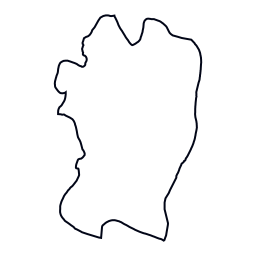 outline of Al Husha, Al Dali', Yemen
{"feature_id": "15242507B64675128593967", "entity_name": "Al Husha", "entity_type": "district", "adm_level": 2, "iso_a3": "YEM", "parent_name": "Yemen", "parent_adm1": "Al Dali'", "projection": "natural_earth1", "projection_center": [44.455, 13.752], "detail": "fine", "context": "isolated", "style": "outline", "palette": "ink", "viewbox_px": 256, "rotation_deg": 0, "n_neighbors": 0, "source": "geoboundaries", "source_scale": "gbopen_adm2", "svg_char_len": 5623}
<svg xmlns="http://www.w3.org/2000/svg" viewBox="0 0 256 256"><path d="M105.8,15.4L103.3,16.0L100.4,17.6L98.4,20.5L94.6,27.3L92.2,30.2L91.7,31.8L91.2,32.7L90.8,33.4L89.7,34.9L88.4,36.0L87.7,36.4L86.1,36.9L84.7,37.8L84.0,38.2L83.0,41.6L82.6,42.4L82.6,43.8L83.2,44.4L83.4,45.4L82.9,46.1L82.7,47.1L82.1,48.8L82.2,49.7L82.5,50.6L82.6,51.6L83.1,52.4L83.1,52.7L82.9,53.5L82.9,54.0L82.9,54.4L83.0,54.7L83.3,55.0L83.7,55.3L84.3,55.6L84.7,55.6L85.2,56.0L85.9,56.7L86.3,57.5L86.6,58.4L86.7,59.0L86.7,59.9L86.5,60.8L86.1,61.6L85.7,62.3L85.3,63.1L85.3,64.0L85.2,64.9L84.7,65.6L84.1,66.1L83.4,66.6L82.5,66.8L81.7,66.7L81.1,66.3L80.9,66.1L80.6,66.1L79.8,65.9L79.0,65.5L78.3,65.1L77.6,64.6L76.8,64.0L75.2,63.3L74.5,63.0L73.6,62.7L72.7,62.4L71.9,62.1L70.2,61.5L67.7,60.7L66.8,60.7L65.3,60.7L64.4,60.8L63.5,60.9L62.7,61.3L61.9,61.7L61.1,62.2L60.4,62.7L59.9,63.5L59.5,64.3L59.1,65.2L58.8,66.0L58.4,68.0L58.2,68.8L58.0,70.7L57.9,71.7L57.7,72.8L57.4,73.7L56.7,75.4L56.4,76.3L56.2,77.2L55.9,78.0L55.7,78.9L55.2,80.7L55.0,81.6L54.9,82.6L54.8,83.6L54.9,84.5L55.0,84.7L55.0,86.0L55.4,87.4L57.2,89.9L58.4,91.4L59.7,92.6L60.6,93.1L62.3,93.3L63.3,93.2L65.2,92.7L65.7,92.3L65.7,93.4L65.7,94.4L65.5,96.2L65.2,98.0L65.0,98.8L64.7,99.8L64.4,100.6L63.5,102.2L62.9,103.1L62.5,103.8L61.6,105.3L60.9,106.0L59.4,107.3L58.6,109.0L58.2,110.5L58.1,112.2L58.1,114.1L60.9,114.3L61.7,114.6L62.4,114.7L62.9,114.6L63.5,114.5L64.0,114.5L64.4,114.7L64.8,115.0L65.7,115.6L69.9,117.6L72.4,119.2L72.9,119.8L73.9,121.2L74.9,123.5L75.1,124.8L75.3,125.1L75.9,127.0L76.8,131.1L77.3,134.2L78.0,137.2L78.7,138.6L79.6,140.1L80.5,142.1L81.2,144.5L82.5,149.5L83.3,150.3L83.9,151.5L84.4,152.6L84.7,153.7L84.6,155.1L84.0,155.8L83.1,157.0L82.4,157.7L81.2,158.6L79.4,158.9L78.4,159.3L77.8,160.1L76.3,164.3L76.0,165.9L75.9,167.6L76.2,168.2L77.8,168.6L78.2,168.6L78.5,169.0L78.8,171.2L79.1,174.4L79.1,175.1L78.8,176.0L78.3,177.1L76.6,180.7L72.6,185.8L71.5,186.8L71.1,187.0L70.6,187.5L70.1,188.0L69.7,188.6L69.3,189.2L68.1,190.3L67.7,190.9L67.2,191.7L66.7,192.4L66.1,193.2L65.7,193.6L65.2,194.2L64.3,195.6L63.9,196.2L63.6,197.0L63.0,198.3L62.7,199.0L62.0,200.3L61.7,201.1L61.4,201.7L61.2,202.5L60.9,203.3L60.7,204.1L60.5,204.7L60.2,206.2L60.2,209.2L60.1,209.9L60.1,212.2L60.3,213.1L60.5,214.0L61.0,215.4L61.4,216.1L61.7,216.7L62.5,217.8L62.9,218.3L63.4,218.9L63.9,219.4L64.7,220.6L64.8,220.7L65.4,221.2L66.0,221.6L67.5,222.6L68.9,223.6L69.6,224.1L71.0,225.2L71.9,225.8L73.5,226.9L74.1,227.5L74.7,228.3L75.3,228.8L76.1,229.1L76.8,229.4L79.1,230.6L79.8,231.0L80.5,231.3L81.9,232.2L87.6,234.1L98.8,237.5L101.1,237.9L102.0,227.3L102.1,226.6L102.4,225.8L102.9,225.2L103.9,224.4L104.9,223.5L105.9,222.7L106.1,222.6L106.5,222.3L109.1,221.0L109.5,220.9L110.1,220.7L111.2,220.4L112.5,220.2L113.6,220.2L114.7,220.2L115.7,220.4L116.8,220.7L117.9,221.0L119.1,221.3L120.1,221.8L121.2,222.2L123.1,223.4L124.1,224.0L125.1,224.5L126.2,225.0L128.3,226.2L129.4,226.9L132.9,228.6L133.9,229.1L134.9,229.7L136.0,230.2L139.7,231.8L143.0,233.0L144.3,233.4L145.3,233.6L147.5,234.3L148.6,234.7L149.7,235.0L150.8,235.4L152.8,236.2L154.0,236.6L157.2,237.9L159.4,238.7L160.5,238.9L161.6,239.3L162.6,239.9L163.7,240.6L164.4,240.1L165.1,238.0L166.1,235.4L166.5,232.9L167.9,224.8L168.0,223.2L164.6,209.3L164.6,202.5L165.5,198.3L168.8,193.0L170.0,190.1L176.3,177.7L176.3,177.0L176.4,175.8L176.9,174.8L177.3,173.9L177.8,173.2L178.2,172.3L179.0,170.3L179.3,169.4L179.5,168.6L179.9,167.8L180.6,166.2L181.0,165.5L181.3,164.6L181.6,163.7L182.4,163.1L183.0,162.6L183.8,161.8L184.2,160.9L184.7,160.8L185.3,160.2L185.6,159.4L185.8,158.5L186.8,157.2L187.8,155.5L189.4,152.3L189.8,151.5L190.2,150.7L191.0,149.0L191.3,148.2L191.7,147.4L192.1,146.6L192.7,145.1L193.4,143.3L193.9,141.5L194.2,140.7L194.5,139.8L195.0,137.8L195.1,137.0L195.5,135.2L195.6,134.3L196.0,132.2L196.2,131.4L196.6,129.3L196.9,127.3L196.8,126.5L196.8,125.6L196.7,124.6L196.7,123.6L196.5,122.4L196.4,121.5L196.2,120.6L195.8,118.9L195.6,118.1L195.4,117.2L195.1,114.5L195.1,113.3L195.2,112.4L195.2,110.7L195.2,109.6L195.2,108.7L195.3,107.5L195.3,106.7L195.4,105.8L195.5,104.7L195.6,102.9L195.7,101.9L195.9,100.1L196.0,99.1L196.1,98.1L196.3,97.3L196.5,96.3L196.3,95.4L196.4,94.4L196.3,92.1L198.6,82.6L199.4,80.2L199.6,79.2L199.7,78.1L199.8,77.2L200.0,76.3L200.0,75.5L200.1,74.6L200.3,73.7L200.3,72.9L200.5,71.8L200.5,70.9L200.7,69.7L200.8,67.7L201.0,64.4L201.1,63.4L201.2,62.6L201.1,59.5L201.0,58.6L201.0,57.8L200.8,56.9L200.7,56.0L200.4,55.0L200.3,54.1L200.1,53.2L199.9,52.3L199.5,51.4L199.2,50.4L198.8,49.5L196.7,46.0L196.2,45.3L195.6,44.7L195.1,44.2L194.6,43.2L191.3,39.7L181.8,38.0L177.8,36.8L172.7,35.4L172.3,35.1L170.9,34.1L170.3,33.5L169.7,32.9L169.3,32.2L168.9,31.5L167.1,27.9L166.7,27.1L166.1,26.3L165.5,25.7L164.2,24.5L163.6,24.0L163.0,23.4L162.2,22.9L161.3,22.2L160.6,21.7L159.9,21.3L158.9,20.9L157.4,20.4L156.7,20.1L155.2,19.6L154.5,19.3L153.8,19.1L153.0,19.1L152.1,19.1L151.3,19.1L150.3,18.9L149.5,18.8L148.6,18.7L147.8,18.7L147.1,18.8L146.3,19.1L144.7,20.6L144.3,21.5L144.0,22.3L143.7,23.3L143.4,26.9L143.3,27.8L142.9,29.6L142.7,30.6L142.6,31.5L142.4,32.4L142.1,33.3L141.7,34.4L141.5,35.3L140.8,37.1L140.3,39.1L139.8,40.0L139.2,40.7L138.6,41.4L138.0,41.9L137.4,42.3L136.7,42.7L136.1,43.2L135.2,43.8L134.4,44.2L133.7,44.6L133.0,44.9L132.2,45.1L131.5,44.7L130.8,44.1L129.5,42.6L129.0,41.9L128.4,40.9L128.0,40.2L127.4,39.5L126.9,38.8L126.3,38.0L125.8,37.3L124.9,35.7L123.3,33.1L121.8,30.6L121.3,30.0L119.8,27.7L119.4,26.8L118.9,25.9L118.5,25.1L117.9,23.5L117.5,22.4L116.4,20.0L115.7,18.6L115.5,18.1L114.6,16.6L114.5,16.3L114.4,15.6L112.7,15.9L111.3,16.1L110.2,16.0L108.7,15.5L107.6,15.4L105.8,15.4Z" fill="none" stroke="#020617" stroke-width="2"/></svg>